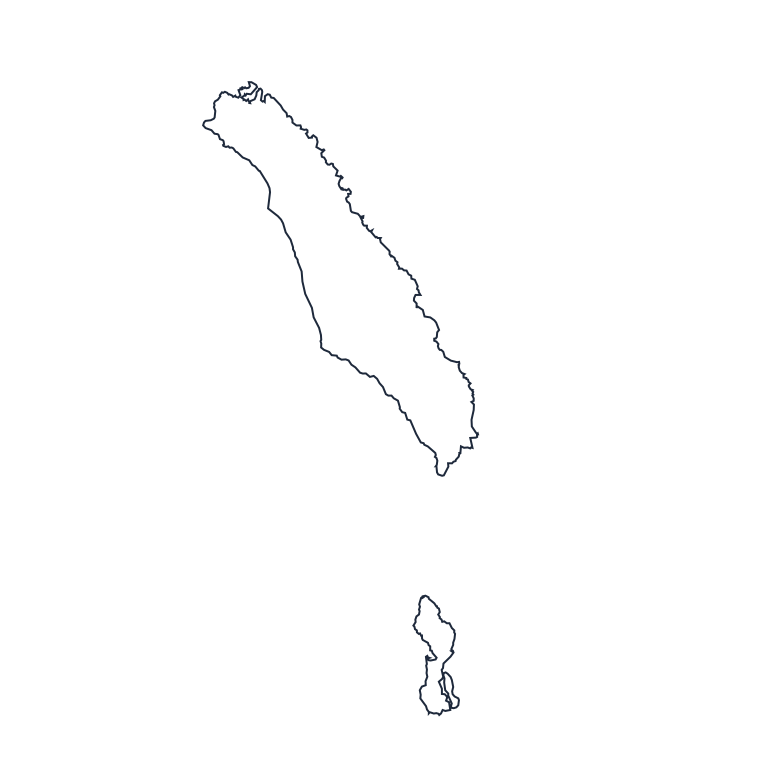 outline of Ranongga-Simbo, Western, Solomon Islands, rotated 340°
{"feature_id": "97153195B5229435776265", "entity_name": "Ranongga-Simbo", "entity_type": "district", "adm_level": 2, "iso_a3": "SLB", "parent_name": "Solomon Islands", "parent_adm1": "Western", "projection": "natural_earth1", "projection_center": [156.559, -8.122], "detail": "fine", "context": "isolated", "style": "outline", "palette": "slate", "viewbox_px": 768, "rotation_deg": 340, "n_neighbors": 0, "source": "geoboundaries", "source_scale": "gbopen_adm2", "svg_char_len": 6080}
<svg xmlns="http://www.w3.org/2000/svg" viewBox="0 0 768 768"><g transform="rotate(340 384 384)"><path d="M465.5,413.0L464.2,411.0L464.4,408.6L463.1,407.4L463.4,406.5L461.0,405.1L461.8,402.6L463.1,402.2L461.0,400.4L459.8,397.4L460.0,393.5L460.7,392.5L460.5,391.6L461.7,390.8L462.1,388.9L460.1,388.5L454.8,384.9L450.4,379.4L450.7,374.0L449.5,371.6L448.1,371.0L447.5,369.2L447.6,366.8L448.8,365.1L447.8,362.1L446.0,360.5L446.7,358.6L448.2,358.9L449.7,357.9L451.7,353.6L454.2,352.1L454.0,344.1L453.1,341.4L450.3,337.3L445.2,334.4L445.8,327.7L441.9,322.4L440.6,323.7L442.2,319.5L440.6,315.9L441.7,313.5L444.1,311.1L448.7,312.8L448.1,309.7L448.5,307.8L447.5,306.0L449.1,303.7L448.6,296.6L445.8,294.4L446.6,291.5L444.6,289.4L444.0,285.1L441.7,284.1L440.3,281.7L437.5,280.8L438.2,279.8L437.4,275.7L438.3,274.2L436.9,272.0L437.0,269.0L434.9,266.0L434.3,266.4L433.6,263.9L434.6,261.5L434.3,260.2L429.4,249.8L429.8,246.5L430.8,245.7L427.9,244.6L427.4,243.3L426.3,243.3L423.9,236.8L425.3,235.5L423.3,235.8L422.4,235.0L421.2,231.4L422.1,229.4L419.5,228.4L418.9,227.1L418.8,224.7L419.5,223.8L419.0,220.0L421.2,220.8L422.0,219.2L419.2,219.0L417.6,215.1L412.7,211.6L412.1,210.0L413.4,203.3L412.9,201.4L411.7,200.0L411.7,197.0L412.4,196.1L414.8,195.6L415.3,193.1L417.6,193.9L418.6,192.1L417.5,188.6L414.8,189.2L413.9,188.0L412.0,187.6L412.1,186.1L411.5,185.5L410.5,186.2L409.7,182.9L409.8,180.4L411.6,178.0L414.0,175.9L415.0,176.4L415.7,175.8L414.6,173.7L413.6,174.1L410.2,171.6L413.4,167.6L410.8,162.2L411.2,159.7L409.8,158.8L407.8,159.3L406.2,158.5L405.2,155.7L405.9,154.4L405.2,150.8L403.3,149.2L404.0,145.7L407.9,143.9L407.6,143.0L405.5,143.0L401.5,138.2L404.4,133.8L404.8,129.5L402.6,126.1L400.9,126.8L400.6,127.8L397.4,127.0L396.4,122.0L398.1,121.5L398.8,119.5L398.1,118.3L396.0,117.9L393.0,115.6L393.9,114.3L393.9,112.4L390.1,111.1L387.4,107.0L388.3,104.5L387.9,101.3L386.6,99.8L384.5,99.6L385.1,96.2L383.0,91.6L382.2,87.0L378.2,77.5L376.0,76.3L375.6,73.1L373.8,71.9L370.6,72.8L368.4,78.1L367.8,76.9L366.5,77.1L365.4,75.2L369.5,67.9L369.8,66.2L369.0,64.2L367.4,64.0L366.7,65.1L364.2,66.2L362.7,69.2L359.8,72.2L355.0,72.5L354.3,72.9L354.3,74.3L353.6,73.9L354.1,73.2L353.5,72.2L353.6,70.0L351.3,70.9L350.3,69.1L349.2,69.1L349.5,68.2L348.0,66.0L351.7,65.2L352.2,64.3L352.7,65.5L354.2,64.3L357.9,66.2L366.3,61.6L366.1,59.2L362.7,55.1L360.2,54.1L359.9,58.3L358.1,59.4L355.7,59.0L354.9,57.7L353.8,58.1L352.3,56.6L351.2,57.2L351.5,58.5L350.6,58.4L350.0,57.3L349.3,58.1L347.8,58.1L347.8,63.5L345.0,65.1L342.8,63.2L342.9,62.2L340.4,62.6L339.9,60.9L337.6,58.7L336.9,58.8L336.3,56.8L334.4,55.0L332.5,55.4L331.5,54.5L328.5,56.5L328.6,57.7L325.1,60.0L321.9,60.6L320.3,62.1L320.1,64.1L318.9,65.6L318.9,69.7L316.0,75.6L314.8,76.5L311.4,76.9L306.2,75.7L304.3,76.7L302.5,79.1L303.9,82.5L308.7,86.5L310.3,90.8L313.2,92.4L313.7,93.4L313.6,97.8L315.9,99.7L316.3,100.9L315.7,104.0L314.5,104.4L314.5,105.3L316.6,107.2L319.0,107.4L319.7,109.1L321.8,109.7L323.0,111.0L324.2,115.2L325.4,116.0L328.7,122.8L333.9,127.7L335.2,133.2L337.4,135.5L339.3,140.8L340.1,141.3L343.1,155.6L343.4,160.8L342.5,164.8L335.1,179.4L341.7,190.0L343.5,194.3L344.1,198.5L343.5,207.9L345.6,216.4L345.3,224.4L344.6,226.3L345.2,229.8L344.2,233.6L345.3,237.6L344.8,239.9L345.1,250.1L342.4,259.8L340.8,272.4L342.3,287.8L340.7,297.3L342.2,309.1L341.5,316.4L340.1,321.1L339.0,322.0L338.9,324.5L337.4,328.2L339.3,331.4L343.4,335.1L344.7,339.0L349.3,341.2L349.5,343.3L352.4,346.6L356.5,347.8L358.8,349.8L360.0,354.7L362.8,358.6L365.4,365.2L367.6,366.9L370.6,367.9L373.2,372.5L377.1,372.9L379.3,376.8L380.1,381.8L382.0,386.5L382.3,394.2L384.1,396.4L387.1,397.5L388.3,400.8L391.4,404.4L391.0,411.2L390.3,412.6L391.5,416.7L394.0,418.4L393.7,425.4L396.3,427.2L397.1,441.7L398.6,451.5L401.0,453.2L401.1,454.9L403.8,457.6L408.6,466.3L408.4,468.5L406.9,469.9L408.0,471.5L407.9,474.3L405.9,478.1L404.7,478.9L405.2,479.0L403.6,485.2L404.0,487.5L407.2,490.1L409.0,490.3L416.2,483.7L417.1,480.4L420.8,481.8L422.7,480.8L424.9,480.9L425.6,479.8L429.4,477.8L430.8,475.5L431.7,475.3L431.5,474.6L432.3,474.7L435.0,468.9L437.4,471.3L441.0,472.3L443.0,474.0L444.1,473.4L445.3,474.3L446.6,464.2L452.0,465.8L453.4,465.6L454.1,463.4L455.1,463.6L455.2,462.4L454.6,462.6L453.8,461.4L452.0,454.0L454.0,447.6L459.4,439.1L461.5,434.0L460.0,430.8L462.5,430.5L463.4,428.1L463.1,424.9L464.3,424.6L464.0,423.1L465.1,422.0L464.5,420.5L465.3,420.0L463.6,418.6L462.9,415.4L463.2,414.2L465.5,413.0ZM365.8,639.6L364.3,636.5L363.7,631.2L361.2,630.3L359.4,627.6L357.4,627.4L357.5,625.0L356.2,623.0L356.8,622.1L356.1,619.2L358.4,617.4L358.8,613.8L357.6,612.4L357.7,610.9L357.1,610.7L356.3,607.3L352.7,601.2L352.9,599.6L350.5,597.1L348.2,596.8L348.4,597.8L346.1,598.4L347.6,597.0L345.7,597.7L341.7,603.1L341.6,605.6L339.7,608.0L339.8,609.6L338.0,612.6L335.0,613.5L332.9,616.1L332.3,618.5L329.0,621.1L329.6,622.3L329.3,625.0L330.6,626.8L330.0,628.6L331.3,630.8L332.5,630.7L332.9,633.5L333.6,633.5L332.7,636.2L332.9,637.8L336.8,642.3L336.6,644.6L337.7,646.3L336.3,650.1L337.7,651.0L337.6,653.5L339.8,659.2L338.3,660.5L333.3,659.8L331.6,658.9L330.6,657.3L330.8,655.7L330.8,656.9L333.0,656.9L331.8,656.0L331.7,654.3L330.1,654.7L328.5,661.8L327.3,663.1L326.7,667.0L325.1,670.2L324.6,673.9L321.4,677.5L320.2,681.3L316.1,681.3L312.9,684.0L312.2,688.5L310.6,691.9L313.3,701.1L313.1,704.6L314.0,707.5L313.5,708.8L314.8,708.1L318.1,710.7L320.6,711.2L322.5,712.6L322.7,713.9L324.9,713.1L327.6,710.4L329.8,712.2L334.8,713.0L336.3,705.3L334.0,702.8L336.0,700.4L336.1,698.9L335.0,696.3L332.4,695.1L334.2,690.1L333.7,682.5L337.8,681.0L339.5,679.4L340.4,672.4L342.3,671.1L344.3,667.0L353.2,663.0L357.5,660.1L357.5,658.9L356.8,659.2L355.9,657.9L356.9,657.9L356.7,656.5L356.1,656.7L359.8,652.8L360.5,650.8L363.0,647.7L365.3,643.1L365.0,641.4L365.8,639.6ZM346.5,685.4L346.4,682.1L344.7,678.0L343.3,676.1L341.3,676.1L340.2,677.9L340.1,681.4L338.4,685.2L336.8,692.7L338.5,696.9L337.8,698.6L338.4,707.4L336.5,710.0L337.0,711.6L338.7,712.5L341.4,712.6L343.9,711.3L346.3,706.7L346.3,704.8L343.5,701.8L342.4,699.0L342.9,696.1L345.4,692.4L346.5,685.4Z" fill="none" stroke="#1e293b" stroke-width="2"/></g></svg>